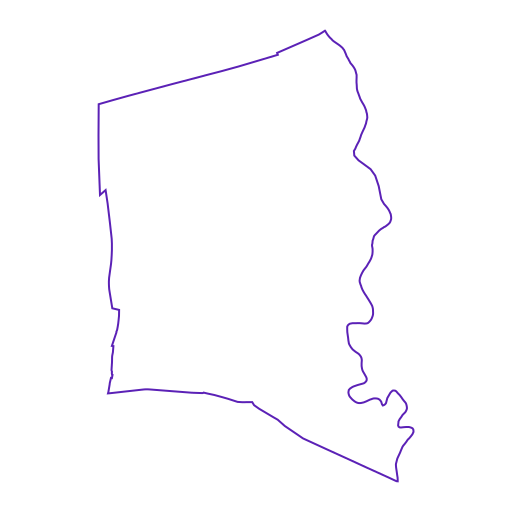 Oancea, Galati, Romania
{"feature_id": "2599482B31797489837867", "entity_name": "Oancea", "entity_type": "district", "adm_level": 2, "iso_a3": "ROU", "parent_name": "Romania", "parent_adm1": "Galati", "projection": "orthographic", "projection_center": [28.103, 45.914], "detail": "fine", "context": "isolated", "style": "outline", "palette": "violet", "viewbox_px": 512, "rotation_deg": 0, "n_neighbors": 0, "source": "geoboundaries", "source_scale": "gbopen_adm2", "svg_char_len": 4910}
<svg xmlns="http://www.w3.org/2000/svg" viewBox="0 0 512 512"><path d="M397.7,481.3L397.7,480.4L397.6,477.7L397.2,475.2L396.7,471.5L396.1,467.5L395.9,464.8L396.0,463.7L397.3,458.6L398.4,456.2L400.0,452.8L401.0,450.3L402.5,446.8L403.2,445.7L404.8,443.8L406.4,441.7L407.1,440.6L407.8,439.6L409.1,438.4L410.8,436.4L412.4,434.3L413.5,431.9L413.4,430.2L413.3,429.5L412.5,428.3L411.3,427.7L410.1,427.3L408.9,427.0L407.6,427.0L406.2,427.0L403.5,427.2L401.0,427.5L399.7,427.4L398.6,426.7L398.1,425.4L398.4,422.8L398.5,421.4L399.7,419.1L401.2,417.1L402.6,414.9L403.5,414.0L405.3,412.2L406.0,411.0L406.5,409.9L406.9,408.7L406.9,407.3L406.7,406.0L406.4,404.7L406.0,403.5L405.3,402.4L404.4,401.4L402.8,399.4L401.3,397.2L399.7,395.1L397.9,393.3L396.2,391.3L395.0,390.6L393.1,390.5L392.5,390.7L390.6,392.5L389.9,393.6L387.3,398.1L386.0,403.1L385.2,404.2L384.1,405.0L382.9,405.5L382.0,404.3L381.2,401.7L380.4,400.6L379.5,399.6L378.1,398.8L376.8,398.5L375.4,398.4L373.9,398.4L372.6,398.7L371.3,399.2L370.0,399.6L366.2,401.4L363.7,402.4L361.0,403.0L359.6,403.1L358.2,403.0L356.9,402.6L355.6,402.0L354.4,401.2L352.3,399.5L350.4,397.4L349.6,396.4L349.0,395.1L348.6,393.7L348.4,392.3L348.8,390.0L350.0,388.6L352.4,387.0L353.7,386.4L357.4,385.1L360.2,384.3L362.8,383.6L364.0,383.2L365.1,382.4L366.2,381.2L366.7,380.0L366.7,378.6L366.3,377.3L365.6,376.0L364.3,373.7L362.9,371.3L362.4,370.1L362.0,368.6L361.6,366.0L361.6,363.2L361.8,360.4L361.7,359.2L361.4,357.8L360.8,356.5L360.0,355.4L359.2,354.4L358.0,353.4L355.7,351.9L353.8,350.4L352.6,349.4L350.9,347.2L349.5,344.8L348.9,343.5L348.7,342.2L348.4,340.5L348.1,337.7L347.7,335.0L347.3,332.1L347.2,329.3L347.2,326.7L347.8,325.4L348.8,324.4L349.9,323.7L352.5,323.2L354.2,323.2L355.8,323.2L358.4,323.1L360.7,323.2L362.7,323.4L364.7,323.6L366.9,323.4L368.1,322.9L369.0,322.1L370.1,320.9L370.9,319.9L371.7,318.5L372.7,315.9L373.0,314.5L373.1,313.1L373.0,310.2L372.9,308.8L372.6,307.4L372.2,306.0L371.6,304.8L370.9,303.5L368.8,300.0L366.7,296.7L365.9,295.4L365.1,294.3L363.7,292.0L362.4,289.6L361.4,287.1L361.1,285.9L360.5,284.5L359.7,281.9L359.6,280.5L359.8,279.1L360.0,277.8L361.0,275.2L362.2,272.7L363.5,270.4L365.2,268.2L366.1,267.1L366.9,265.9L368.2,263.6L369.7,261.2L371.0,258.7L371.5,257.3L372.3,254.7L372.5,253.1L372.6,251.7L372.6,250.4L372.6,249.0L372.4,247.7L372.1,246.2L372.0,245.0L372.4,243.4L372.5,242.2L372.6,240.8L373.3,238.8L374.0,236.2L374.9,235.0L375.9,234.0L377.7,232.1L379.1,230.6L380.8,229.2L381.9,228.5L383.1,227.8L384.0,227.1L384.8,226.8L385.9,226.1L388.3,224.2L389.6,222.9L390.2,221.9L390.7,220.5L391.1,219.2L391.2,218.0L391.1,216.6L390.7,214.1L390.2,213.1L389.5,211.4L388.6,209.7L387.4,207.9L385.6,205.7L384.7,204.7L384.0,203.9L381.3,199.3L378.7,186.1L375.2,175.6L370.6,169.2L358.5,160.3L354.3,155.6L353.9,151.0L355.3,148.7L356.0,146.9L357.1,144.6L358.3,142.4L359.2,140.7L359.9,138.6L360.5,137.0L361.1,135.0L361.8,133.4L362.6,131.6L363.6,129.5L364.6,127.4L365.3,125.3L366.0,123.5L366.4,121.4L367.1,118.8L367.3,117.5L367.1,115.0L366.9,113.6L366.4,112.0L366.1,110.4L365.4,108.6L364.8,107.1L364.1,105.6L363.3,104.2L362.2,102.4L361.1,100.4L360.2,98.7L359.6,96.9L359.0,95.3L358.4,93.6L357.6,91.6L357.2,90.2L356.9,88.6L356.8,86.7L356.7,84.7L356.5,82.5L356.5,80.5L356.6,77.5L356.6,74.9L356.1,73.1L355.6,71.2L355.2,69.9L354.5,68.5L353.7,67.2L352.5,65.5L351.4,64.2L350.3,62.9L349.9,61.9L348.9,60.2L348.3,58.9L346.7,56.3L345.8,53.9L344.8,51.6L344.3,50.4L344.1,50.0L343.3,49.0L342.5,47.9L341.5,47.0L340.0,45.7L338.8,44.8L337.2,43.7L335.3,42.4L334.0,41.5L332.5,40.3L331.5,39.1L329.9,37.6L328.6,36.1L327.3,34.4L326.1,32.5L325.5,31.4L325.2,30.9L325.0,30.7L321.9,32.7L318.8,34.6L307.1,39.8L298.2,43.7L277.1,52.9L277.8,54.8L255.0,61.6L238.5,66.5L221.4,71.2L204.8,75.5L203.8,75.8L172.1,84.1L128.8,95.7L113.7,99.9L110.2,100.9L98.7,104.2L98.6,119.9L98.5,135.5L98.6,159.1L99.3,177.1L100.0,195.0L105.6,190.1L107.6,203.4L109.9,222.6L111.3,235.2L111.7,238.9L111.9,243.6L111.9,250.1L111.7,255.0L111.4,260.1L111.1,263.2L110.9,264.9L110.1,270.5L109.1,277.8L108.9,281.3L108.9,283.6L109.0,286.5L109.2,289.2L109.6,291.8L112.3,308.3L119.1,309.9L119.1,310.9L119.0,316.0L118.6,320.0L118.4,321.8L118.2,323.6L117.7,326.8L117.1,330.0L116.4,331.7L116.4,332.5L115.5,335.1L111.9,345.9L113.4,346.1L112.9,352.3L112.2,355.8L112.1,357.0L112.0,362.3L111.5,370.2L112.0,371.9L111.8,373.0L112.1,374.9L112.5,375.0L111.9,378.1L111.0,377.9L109.8,383.0L109.6,384.7L109.5,385.3L108.6,390.7L108.4,391.9L108.0,393.4L110.2,393.2L114.7,392.7L123.6,391.7L131.7,390.8L141.6,389.7L144.4,389.4L147.2,389.3L149.1,389.4L191.5,392.7L193.7,392.8L202.5,393.1L203.3,392.9L203.7,392.6L204.8,392.9L207.8,393.6L214.4,395.0L222.4,397.2L226.6,398.4L228.0,398.8L237.6,401.9L242.2,402.2L252.2,402.1L254.1,405.2L259.2,408.8L269.3,414.8L273.5,417.3L277.7,419.7L284.8,426.0L298.2,435.1L303.0,438.4L326.3,449.1L344.5,457.4L366.5,467.5L389.4,477.9L394.3,480.2L396.5,481.2L397.7,481.3Z" fill="none" stroke="#5b21b6" stroke-width="2"/></svg>